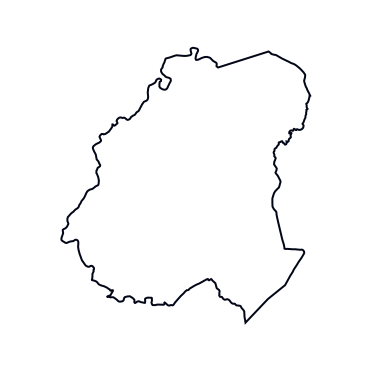 outline of El Triunfo, Choluteca, Honduras, rotated 166°
{"feature_id": "27666195B77536199573353", "entity_name": "El Triunfo", "entity_type": "district", "adm_level": 2, "iso_a3": "HND", "parent_name": "Honduras", "parent_adm1": "Choluteca", "projection": "orthographic", "projection_center": [-87.02, 13.087], "detail": "fine", "context": "isolated", "style": "outline", "palette": "ink", "viewbox_px": 384, "rotation_deg": 166, "n_neighbors": 0, "source": "geoboundaries", "source_scale": "gbopen_adm2", "svg_char_len": 5991}
<svg xmlns="http://www.w3.org/2000/svg" viewBox="0 0 384 384"><g transform="rotate(166 192 192)"><path d="M83.7,309.8L136.6,306.5L137.8,308.1L137.1,310.0L137.0,310.8L137.2,311.5L139.8,314.1L141.8,317.5L142.8,318.4L144.9,319.5L147.2,319.9L150.0,319.7L153.9,318.9L155.4,319.0L156.1,319.3L156.2,319.8L156.3,320.5L155.6,322.3L154.3,324.7L152.2,327.2L151.8,328.1L151.9,329.1L152.2,329.7L155.3,331.4L156.2,331.7L157.0,331.7L158.0,331.5L158.7,331.1L159.1,329.9L159.1,326.4L159.7,325.6L160.6,325.2L164.4,325.4L167.0,326.0L173.9,328.4L175.6,328.4L181.2,327.9L184.7,327.9L185.3,327.7L185.8,327.1L187.6,324.2L188.3,323.5L189.9,321.3L190.4,320.0L192.2,318.5L192.8,317.2L192.7,315.6L192.1,313.8L190.3,311.4L189.8,310.4L189.0,309.6L186.8,308.4L185.4,307.1L185.5,305.5L185.7,304.9L187.7,302.7L191.0,298.6L192.5,297.8L194.1,297.9L195.9,298.9L197.7,300.8L198.1,302.1L197.5,304.7L196.6,306.7L195.2,307.2L194.8,308.5L195.2,309.1L196.1,309.9L197.2,310.1L198.3,309.9L199.7,309.1L200.5,307.8L201.9,306.8L205.3,305.9L207.4,305.7L207.9,305.3L209.2,303.6L209.9,302.0L210.2,300.8L210.8,299.8L211.5,295.1L212.0,293.6L212.7,292.5L213.8,291.7L216.9,291.1L219.4,288.9L224.0,283.7L225.0,283.2L226.4,282.8L228.7,280.8L230.9,280.3L232.7,279.6L233.3,279.3L233.9,278.5L234.7,277.9L235.6,277.6L236.6,277.5L237.1,277.6L237.6,277.9L239.1,279.9L239.6,280.4L240.4,280.6L241.3,280.6L243.2,281.6L244.3,281.7L245.3,281.5L247.0,280.5L248.0,279.1L248.0,278.8L247.6,277.2L247.8,276.7L250.4,275.3L251.1,275.1L251.4,275.2L252.3,276.6L252.6,276.8L252.9,276.8L253.4,275.0L254.0,274.2L256.1,272.3L258.1,270.7L261.9,269.3L263.7,269.3L264.4,269.9L265.8,270.1L267.6,269.0L268.4,267.9L267.8,264.5L267.8,263.8L268.0,263.5L269.8,262.4L273.1,261.8L275.1,261.0L276.8,260.1L277.5,258.9L277.6,257.9L277.2,255.2L276.6,252.9L276.3,251.6L276.6,246.7L275.4,244.3L275.1,241.9L274.7,241.1L274.6,240.2L274.8,239.7L275.1,239.2L277.7,238.2L278.8,236.6L279.5,235.9L280.2,233.6L279.8,232.2L279.4,228.8L279.6,225.6L280.5,222.9L281.1,221.7L281.7,221.3L284.0,220.8L287.8,219.1L290.8,219.0L293.2,218.1L294.7,216.7L297.1,213.6L298.7,211.9L301.3,210.0L303.2,207.7L304.4,206.8L305.9,204.6L306.9,204.0L309.5,203.1L310.5,202.5L311.6,201.7L314.4,200.5L318.5,197.7L319.2,196.5L319.8,194.7L319.9,193.9L319.6,191.4L319.8,190.8L321.4,188.9L322.6,187.9L323.7,187.4L325.9,186.9L326.6,186.4L326.7,186.0L327.0,183.2L329.7,179.0L330.2,177.7L330.2,176.8L329.7,176.0L327.2,173.4L326.5,173.0L325.4,172.9L323.6,173.3L321.9,173.4L319.0,173.1L317.1,173.8L316.4,173.8L315.5,173.5L314.6,172.5L314.4,171.6L314.5,170.4L315.8,166.2L316.1,163.1L316.0,158.9L315.3,152.4L313.3,147.2L312.9,146.3L312.3,145.7L311.4,144.9L310.2,144.4L309.4,144.4L308.3,144.8L307.1,144.6L306.6,144.2L305.6,142.4L305.7,141.0L306.0,140.4L306.5,140.1L306.6,138.9L308.4,136.6L309.0,134.3L309.6,132.5L310.3,131.3L310.3,130.7L308.6,129.8L306.7,128.5L305.9,127.5L305.0,125.4L304.4,124.6L302.9,123.4L300.1,121.8L297.8,119.9L296.2,118.1L295.5,117.5L295.2,116.4L294.9,116.0L294.4,115.9L293.7,116.1L293.0,116.0L292.5,115.6L292.8,115.0L294.8,113.0L295.9,111.7L296.5,111.5L299.2,111.2L299.5,111.0L299.4,110.6L299.1,110.5L298.3,110.5L296.5,109.5L295.1,109.3L293.7,108.8L293.0,108.1L290.9,105.5L290.0,104.0L289.2,103.3L288.4,103.0L286.3,102.8L285.1,103.1L284.4,103.8L283.2,105.9L282.6,106.2L279.9,106.3L277.4,105.8L275.3,103.6L274.1,101.7L274.0,101.0L274.6,99.2L274.5,98.5L274.2,98.1L273.4,98.2L271.8,98.9L270.1,98.9L268.0,97.4L264.6,95.8L264.3,96.1L263.8,97.4L263.5,99.4L263.0,99.9L261.8,100.2L260.4,100.2L257.0,99.2L256.7,99.0L256.7,98.5L257.1,96.4L258.1,94.4L257.9,92.4L257.5,91.8L255.0,91.1L253.0,91.2L246.9,89.5L246.2,89.7L245.8,90.3L245.7,91.1L245.3,91.4L244.8,90.9L243.3,88.6L242.4,87.6L241.6,87.3L239.7,87.4L238.1,86.7L237.3,87.0L234.9,89.1L227.9,93.9L224.8,95.6L222.5,97.2L220.8,98.0L220.0,97.8L219.2,97.8L217.4,98.9L212.6,100.4L210.7,100.9L207.0,101.5L198.9,103.7L197.7,103.7L197.3,102.5L196.8,102.2L194.5,102.9L194.1,102.4L193.7,101.3L191.4,97.9L191.3,92.7L189.5,90.4L189.2,89.6L189.2,89.1L190.1,86.9L190.1,86.0L190.6,85.2L190.3,83.7L188.3,82.8L187.6,80.9L186.6,79.7L185.9,79.5L183.6,79.4L182.8,78.9L181.9,77.9L181.2,76.1L180.3,74.5L179.3,73.7L177.5,73.2L176.4,71.3L173.2,70.1L172.4,69.4L171.9,67.4L170.7,65.1L170.2,63.5L171.3,57.8L171.5,54.1L171.7,52.3L144.2,69.8L124.2,79.1L116.8,87.1L113.8,89.9L111.8,92.3L107.9,95.9L105.6,98.2L101.4,101.9L98.1,105.3L97.7,106.3L97.7,107.2L98.2,108.5L98.6,109.0L99.3,109.5L101.1,109.8L105.5,111.4L108.3,112.1L113.0,113.7L115.0,114.1L115.8,114.5L116.0,114.8L115.8,115.8L115.6,118.2L115.9,124.2L115.7,141.1L115.5,148.9L115.0,152.3L115.3,153.0L116.7,155.6L117.4,158.3L116.7,161.8L115.7,165.8L115.3,166.8L114.0,168.9L112.7,171.0L111.2,172.5L109.9,173.4L106.4,175.5L103.6,180.5L103.6,181.8L104.8,186.9L106.2,190.0L106.3,190.6L106.2,190.9L105.2,192.0L104.1,194.0L104.2,194.8L105.7,199.0L104.8,201.5L103.8,202.7L102.6,204.6L102.7,205.2L103.5,206.7L103.0,208.6L103.3,210.1L103.2,210.7L102.8,211.3L102.2,211.7L101.5,213.6L100.5,214.3L99.5,214.5L98.1,216.0L96.4,217.1L96.0,218.1L95.9,218.9L95.7,219.1L94.2,219.1L93.2,219.5L92.3,219.5L92.0,219.1L92.0,218.2L91.8,217.7L90.9,217.0L90.5,215.7L89.9,215.4L89.1,215.6L88.5,216.2L88.3,216.7L88.1,218.2L87.6,218.0L87.0,217.5L86.1,217.8L85.2,219.8L82.9,221.1L82.6,223.3L81.4,224.7L81.3,225.1L81.6,225.3L83.1,225.2L83.4,225.4L83.1,226.7L81.8,227.7L80.4,227.7L79.7,227.1L79.3,227.0L78.9,227.2L78.0,228.5L77.6,228.6L77.3,228.4L76.3,227.0L75.7,226.9L75.2,227.4L74.9,227.5L73.2,226.4L71.9,226.1L70.2,226.4L68.5,227.5L67.6,229.7L68.3,231.4L67.0,232.6L65.2,235.3L64.1,236.5L63.4,238.5L62.3,240.1L62.0,241.7L61.3,242.8L61.2,244.0L59.8,244.7L60.1,245.6L60.2,246.5L60.1,247.2L59.8,248.0L59.8,249.9L58.5,250.6L57.4,251.6L56.2,253.5L56.0,254.2L55.2,255.3L54.8,256.7L54.0,256.8L54.7,260.3L55.3,262.6L55.7,265.4L56.1,266.7L56.4,271.8L56.2,273.1L54.6,275.9L53.8,278.4L54.9,281.3L57.3,285.6L60.1,289.4L61.9,291.3L64.7,293.2L66.4,294.8L72.1,299.5L77.5,304.7L79.1,305.3L81.4,306.6L81.9,307.2L82.0,307.7L83.7,309.8Z" fill="none" stroke="#020617" stroke-width="2"/></g></svg>